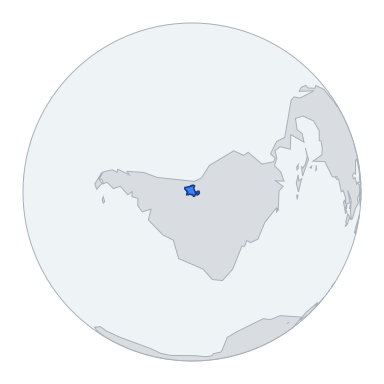 Potosí highlighted on a globe, orthographic projection, rotated 93°
{"feature_id": "BOL-1939", "entity_name": "Potosí", "entity_type": "Department", "adm_level": 1, "iso_a3": "BOL", "parent_name": "Bolivia", "parent_adm1": "", "projection": "orthographic", "projection_center": [-66.321, -20.376], "detail": "fine", "context": "on_globe", "style": "filled", "palette": "blue", "viewbox_px": 384, "rotation_deg": 93, "n_neighbors": 0, "source": "natural_earth", "source_scale": "10m", "svg_char_len": 6206}
<svg xmlns="http://www.w3.org/2000/svg" viewBox="0 0 384 384"><g transform="rotate(93 192 192)"><circle cx="192" cy="192" r="169" fill="#eef3f6" stroke="#a8b0b8"/><path d="M168.6,24.7L170.5,24.4L175.6,23.8L176.2,23.8L174.9,24.0L169.6,24.6L153.5,28.3L150.6,29.6L151.8,30.3L165.5,29.7L164.5,31.2L167.1,32.7L170.2,31.3L169.2,29.7L175.5,27.9L173.5,26.7L175.8,26.0L176.0,25.0L181.8,24.6L187.3,25.0L187.5,26.0L189.9,26.4L194.5,25.3L199.4,27.7L210.5,30.5L211.1,31.5L203.8,32.8L191.9,32.6L182.4,36.4L194.4,33.6L195.8,36.9L198.5,37.6L201.8,37.5L203.6,36.2L205.3,37.6L194.0,40.2L192.3,39.1L195.9,38.1L190.3,38.2L182.7,41.0L184.0,42.9L171.1,46.4L171.9,48.0L169.5,50.0L169.2,47.1L169.5,52.7L154.7,60.9L154.9,72.9L148.2,64.3L142.0,64.2L134.3,65.7L134.1,67.6L124.2,68.2L114.6,74.4L110.3,85.2L113.1,92.5L124.2,90.3L127.9,85.1L136.4,82.7L129.5,96.4L144.1,96.0L142.2,106.4L146.3,111.3L153.8,109.1L161.5,111.0L167.2,104.5L176.4,100.7L176.4,109.2L181.6,101.2L186.6,105.2L204.9,104.9L203.4,106.8L218.8,117.8L235.6,123.7L239.5,130.8L237.5,134.7L243.4,136.6L243.5,139.4L266.9,147.3L278.8,156.9L278.4,167.1L268.4,177.0L259.2,201.9L241.1,208.1L236.4,218.8L222.2,234.1L211.3,232.0L214.4,240.7L208.3,245.5L201.1,245.6L199.9,251.7L194.7,251.7L198.2,255.9L190.0,263.9L192.7,270.7L186.7,277.4L188.7,281.5L186.3,281.4L184.0,283.0L183.9,285.3L176.5,281.7L174.0,272.6L176.3,267.9L173.2,267.3L178.1,255.6L174.8,258.0L175.0,241.2L179.3,227.5L181.3,190.3L177.5,183.3L164.5,176.0L148.7,152.4L152.7,142.2L149.4,138.0L160.4,123.7L157.6,112.1L153.8,110.8L149.8,115.6L136.9,110.0L132.6,102.2L95.1,97.8L91.7,95.1L92.5,89.0L84.5,75.4L85.9,90.2L81.9,88.5L79.6,84.0L82.0,81.6L82.0,74.6L79.1,73.8L82.6,65.8L96.1,53.4L96.3,53.7L99.5,51.2L99.4,50.8L98.6,51.3L99.9,50.4L110.4,44.0L121.4,38.5L132.8,33.7L144.5,29.9L156.5,26.8L168.6,24.7ZM153.6,77.4L170.3,82.4L160.5,84.0L162.4,82.6L158.3,80.3L150.4,78.7L141.9,81.2L153.6,77.4ZM161.9,69.6L158.9,69.4L161.9,69.1L161.9,69.6ZM97.6,51.9L99.1,51.0L97.9,52.2L96.3,53.0L97.6,51.9ZM172.8,25.4L174.3,25.2L173.5,25.4L172.8,25.4ZM171.4,25.2L169.3,25.6L168.3,25.6L169.6,25.4L171.4,25.2ZM174.2,24.7L166.8,25.6L165.1,25.7L168.8,24.8L174.2,24.7ZM189.0,289.5L177.2,283.1L183.7,285.9L187.9,282.2L194.2,287.3L189.0,289.5ZM201.3,280.4L206.3,278.7L207.7,279.9L204.5,281.4L201.3,280.4ZM307.6,68.8L307.5,68.7L314.0,76.8L311.6,75.9L305.9,71.6L295.5,60.5L302.1,64.0L298.5,60.9L290.2,54.6L292.9,56.5L291.8,55.7L307.6,68.8ZM342.7,268.5L342.4,268.9L339.0,275.0L335.7,279.5L332.1,282.2L331.3,276.4L335.2,270.4L340.8,256.4L350.3,225.7L354.7,215.0L356.3,205.0L355.3,180.0L355.8,169.4L354.5,163.5L352.4,162.3L350.5,155.3L348.8,153.8L335.4,149.2L328.8,139.3L314.8,114.2L315.3,107.0L310.9,97.4L311.2,75.9L316.3,79.8L321.4,83.4L329.0,93.1L335.9,103.4L341.9,114.1L347.2,125.3L351.7,136.8L355.3,148.5L358.0,160.6L359.9,172.8L360.8,185.1L360.9,197.4L360.0,209.7L358.3,221.9L355.7,233.9L352.2,245.8L347.8,257.3L342.7,268.5ZM317.0,88.0L318.4,90.6L317.0,88.0ZM205.4,104.8L207.6,106.5L204.7,106.5L205.4,104.8ZM159.0,87.3L162.6,87.1L164.4,88.2L161.6,88.8L159.0,87.3ZM189.8,85.9L194.0,86.6L189.6,87.2L189.8,85.9ZM173.0,83.1L186.4,85.7L177.7,88.3L169.3,86.9L175.2,85.9L173.0,83.1ZM159.8,73.8L162.0,74.1L161.3,75.5L159.8,73.8ZM164.0,69.4L163.1,69.6L162.1,68.6L164.0,69.4ZM196.4,36.8L197.4,36.6L200.7,36.8L199.1,37.3L196.4,36.8ZM216.3,35.3L218.6,37.5L215.8,36.1L213.9,36.9L205.6,35.3L211.0,31.9L210.0,33.6L216.3,35.3ZM196.1,32.9L200.7,33.9L195.4,33.0L196.1,32.9ZM280.0,47.8L278.9,47.3L275.2,45.0L274.7,44.7L280.0,47.8ZM287.6,52.7L286.3,51.9L285.9,51.5L287.6,52.7ZM284.3,50.5L283.0,49.7L282.8,49.5L284.3,50.5ZM182.0,23.4L179.8,23.6L181.6,23.4L182.0,23.4ZM190.3,23.0L191.3,23.0L189.3,23.1L197.2,23.3L195.0,23.6L190.0,23.3L194.2,24.0L188.8,24.0L192.2,24.6L181.3,23.9L176.6,24.3L182.7,23.7L184.8,23.3L184.3,23.3L181.5,23.4L190.3,23.0ZM225.5,26.4L223.3,26.1L222.9,26.5L224.8,27.7L217.5,26.4L211.0,24.8L206.0,23.7L207.0,23.7L225.5,26.4Z" fill="#d9dde1" stroke="#a8b0b8" stroke-width="1"/><path d="M185.7,191.1L185.8,191.0L185.8,190.9L185.8,190.7L185.7,190.4L185.4,190.2L185.5,189.9L185.7,189.7L186.5,189.9L187.8,190.3L188.1,190.4L188.6,190.3L190.3,189.5L190.9,189.2L191.0,189.2L191.5,188.7L192.3,188.6L192.6,188.6L192.8,188.5L192.7,188.4L192.5,188.1L192.4,187.9L192.3,187.7L192.1,187.3L192.1,187.2L191.9,187.2L191.7,187.1L191.4,187.0L191.2,186.8L191.1,186.7L191.0,186.4L191.0,186.2L191.2,185.9L191.3,185.9L191.4,185.7L191.2,185.7L190.9,185.7L190.8,185.2L191.0,185.1L191.3,184.9L191.6,184.9L191.9,185.0L192.0,184.9L192.4,184.6L192.5,184.6L192.8,184.6L192.9,184.8L193.0,184.8L193.3,184.9L193.4,185.0L193.6,185.1L193.8,185.3L194.0,185.5L194.3,185.8L194.4,186.0L194.5,186.1L194.6,186.3L194.5,186.2L194.3,186.2L194.2,186.2L193.9,186.1L193.8,186.3L193.9,186.5L194.0,187.0L193.9,187.1L194.2,187.1L194.3,187.0L194.5,187.0L194.4,187.2L194.4,187.3L194.3,187.5L194.3,187.8L194.2,187.9L194.2,188.0L194.3,188.2L194.4,188.3L194.4,188.5L194.5,188.5L194.8,188.8L195.0,188.9L195.1,189.0L195.3,189.1L195.5,189.1L195.8,189.0L196.0,189.2L196.0,189.3L196.0,189.5L196.3,189.9L196.3,190.1L196.2,190.3L196.0,190.5L195.5,190.8L195.2,190.8L194.9,190.9L194.9,191.0L194.7,191.4L194.6,191.5L194.8,192.5L194.6,193.0L194.5,193.4L194.5,193.7L194.3,194.1L194.3,194.3L194.3,194.6L194.4,194.8L194.8,195.3L195.0,195.4L195.0,195.5L194.9,195.7L194.9,195.8L194.8,196.0L194.7,196.1L194.8,196.3L195.0,196.6L195.1,197.1L194.4,197.1L194.2,197.1L193.6,197.1L193.4,197.0L193.1,196.6L192.7,196.5L192.7,196.4L192.5,196.2L192.3,196.2L192.2,196.2L192.1,196.7L192.1,196.9L192.1,197.0L191.9,197.1L191.5,197.3L191.2,197.4L190.9,197.4L190.9,197.5L190.8,197.8L190.7,197.9L190.7,198.0L190.4,198.2L190.3,198.3L190.2,198.3L190.1,198.6L189.8,198.9L189.8,199.0L189.6,199.2L188.8,199.4L188.7,199.4L188.1,199.4L187.9,199.3L187.7,199.2L187.7,198.9L187.8,198.5L187.8,198.4L187.7,198.3L187.7,198.1L187.6,197.9L187.5,197.7L187.6,197.4L187.5,197.2L187.4,197.0L187.4,196.9L187.2,196.8L187.2,196.7L187.1,196.2L186.9,195.7L186.9,194.8L186.8,194.7L186.2,193.8L186.2,193.7L185.8,193.6L185.8,193.1L186.0,192.8L186.0,192.7L185.9,192.7L185.5,192.5L185.4,192.4L185.2,192.2L185.3,192.0L185.5,191.9L185.4,191.7L185.4,191.4L185.2,191.3L185.2,191.2L185.5,191.1L185.7,191.1Z" fill="#3b82f6" stroke="#1e3a8a" stroke-width="1.5"/></g></svg>